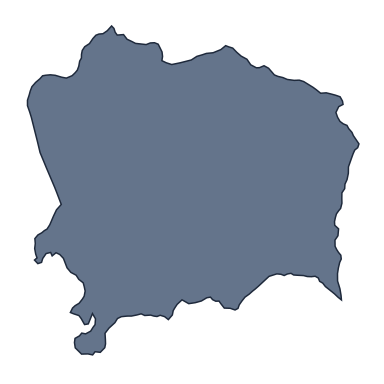 outline of Araras, São Paulo, Brazil, rotated 181°
{"feature_id": "56859067B145693711975", "entity_name": "Araras", "entity_type": "district", "adm_level": 2, "iso_a3": "BRA", "parent_name": "Brazil", "parent_adm1": "São Paulo", "projection": "mercator", "projection_center": [-47.322, -22.335], "detail": "fine", "context": "isolated", "style": "filled", "palette": "slate", "viewbox_px": 384, "rotation_deg": 181, "n_neighbors": 0, "source": "geoboundaries", "source_scale": "gbopen_adm2", "svg_char_len": 3133}
<svg xmlns="http://www.w3.org/2000/svg" viewBox="0 0 384 384"><g transform="rotate(181 192 192)"><path d="M306.4,43.6L306.9,39.4L306.0,34.1L302.5,30.8L299.6,28.0L293.2,28.3L288.5,27.4L286.1,30.6L280.9,30.1L276.5,34.8L275.8,38.6L276.0,42.9L276.5,49.2L272.6,54.5L266.8,60.0L264.3,64.2L260.5,66.1L254.7,66.8L250.4,66.9L244.9,68.1L240.7,69.3L237.1,67.7L231.2,68.2L228.0,67.3L224.8,66.9L221.7,68.2L217.2,66.9L213.4,64.0L209.5,68.7L208.7,73.1L207.0,76.1L204.9,79.4L200.1,84.0L193.3,80.3L186.8,81.4L180.7,83.2L175.4,86.5L171.7,87.2L169.5,84.7L166.3,83.2L163.1,83.4L161.1,80.7L157.7,76.5L151.8,76.4L146.9,74.8L144.0,76.4L142.8,80.0L140.1,84.0L137.2,87.8L133.0,90.9L129.9,93.8L127.2,96.0L124.0,98.9L113.5,109.0L105.8,111.6L101.6,111.3L98.4,110.1L95.2,111.7L91.6,112.4L88.9,110.8L85.0,110.6L79.0,110.4L75.3,109.5L71.2,109.4L67.4,109.9L64.2,108.2L62.8,104.9L59.7,103.2L57.0,99.8L53.2,96.9L47.8,92.7L44.1,89.3L40.7,86.7L41.2,91.4L42.4,97.8L43.7,101.9L44.9,105.5L45.1,113.0L44.3,118.7L43.1,124.2L41.6,127.6L42.1,131.4L44.5,134.2L46.3,136.9L48.0,140.2L48.2,146.4L45.3,150.8L44.8,157.7L48.7,161.2L49.0,164.9L48.1,169.3L47.2,172.6L45.2,175.6L43.1,178.2L41.9,183.4L42.1,188.3L42.1,193.8L39.4,198.0L39.2,202.5L37.2,207.1L36.0,213.4L36.0,219.9L32.9,229.2L31.6,233.0L30.0,236.8L27.1,239.2L25.9,243.0L29.2,247.7L31.6,251.1L33.1,254.4L36.5,258.2L38.2,261.3L42.0,262.8L45.3,265.2L47.7,269.2L49.5,274.0L46.8,279.9L42.5,282.2L43.1,285.5L45.6,289.8L50.2,291.3L54.6,292.4L59.5,293.5L65.1,293.0L69.6,296.5L72.7,298.7L76.9,301.2L82.3,304.4L86.7,305.7L91.8,305.4L98.7,306.2L103.1,308.0L108.1,309.1L111.7,310.5L117.6,317.1L122.2,319.5L126.7,317.5L129.8,317.3L135.5,320.2L139.4,325.7L145.2,328.7L149.6,332.4L153.8,336.6L157.9,337.8L160.9,338.9L165.6,334.9L173.3,331.6L180.1,330.8L184.0,329.4L189.5,327.7L195.0,324.0L201.6,322.2L206.4,320.9L214.5,319.1L220.1,320.8L224.4,322.8L223.8,327.0L224.4,331.5L226.5,335.6L228.4,339.2L232.1,340.6L236.3,340.3L240.4,338.6L245.6,339.1L251.1,339.6L254.5,341.3L259.6,343.6L263.2,348.2L269.5,347.6L271.6,350.4L272.9,354.2L275.3,356.6L279.6,351.7L283.8,348.7L287.8,348.3L290.8,347.1L293.7,343.8L297.1,338.6L301.8,335.4L304.2,331.6L304.9,327.7L304.9,324.0L306.6,320.9L307.4,315.8L308.8,311.8L311.1,309.0L313.9,306.2L319.6,303.7L324.3,304.5L330.8,306.3L335.7,306.7L340.3,306.2L343.4,305.6L346.1,302.5L350.3,298.8L353.9,294.5L355.5,290.1L356.5,286.1L358.1,280.9L358.0,275.4L355.7,269.2L353.9,263.7L347.3,239.3L344.6,228.8L341.2,221.0L339.9,218.0L338.0,213.6L329.4,194.3L327.4,189.5L322.5,177.3L327.2,171.8L330.1,165.4L332.0,160.7L333.6,156.8L336.3,152.4L339.0,150.8L341.5,148.6L345.3,146.4L348.3,142.7L347.8,137.7L348.3,132.7L347.2,127.2L345.8,123.4L348.3,121.2L344.9,117.7L341.2,119.0L340.1,122.9L336.8,127.9L332.3,129.1L330.7,125.7L326.9,128.9L323.1,127.2L319.4,123.4L315.6,114.0L311.7,109.5L306.4,106.8L303.7,102.7L299.2,99.3L298.1,95.5L297.1,91.1L298.0,85.9L299.8,82.9L302.9,78.8L306.9,76.3L309.4,73.9L311.5,69.4L308.4,68.2L302.9,66.5L300.6,63.5L297.1,57.6L293.4,58.3L289.4,68.7L286.3,63.5L286.6,57.7L288.5,55.1L290.9,51.1L295.9,48.3L299.8,49.0L302.0,46.2L306.4,43.6Z" fill="#64748b" stroke="#1e293b" stroke-width="1.5"/></g></svg>